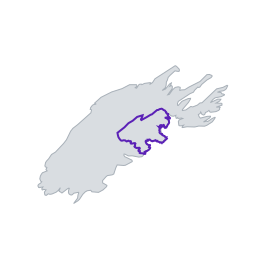 Norðurland vestra highlighted on a map of Iceland, rotated 149°
{"feature_id": "ISL-697", "entity_name": "Norðurland vestra", "entity_type": "Region", "adm_level": 1, "iso_a3": "ISL", "parent_name": "Iceland", "parent_adm1": "", "projection": "robinson", "projection_center": [-19.727, 65.454], "detail": "fine", "context": "in_parent", "style": "outline", "palette": "violet", "viewbox_px": 256, "rotation_deg": 149, "n_neighbors": 0, "source": "natural_earth", "source_scale": "10m", "svg_char_len": 8199}
<svg xmlns="http://www.w3.org/2000/svg" viewBox="0 0 256 256"><g transform="rotate(149 128 128)"><path d="M195.2,95.2L197.4,95.3L201.0,94.4L206.2,91.9L208.4,91.4L213.5,91.3L207.4,93.8L205.2,96.5L203.6,97.8L203.6,98.4L208.0,100.0L210.1,99.5L211.0,99.7L211.9,100.5L212.5,102.0L212.2,103.6L211.0,105.2L209.4,106.5L209.6,106.9L211.0,107.1L218.1,106.3L219.0,108.3L219.6,108.9L219.5,109.6L216.7,111.7L220.0,110.4L222.7,110.0L227.2,110.6L229.1,111.4L230.3,112.7L232.5,112.3L233.6,113.1L233.6,113.9L232.7,116.1L230.1,117.2L231.8,118.8L233.2,118.9L233.4,119.2L233.3,120.2L231.3,121.3L234.8,122.6L235.2,123.0L235.1,124.5L234.6,125.3L233.6,125.7L231.1,125.8L229.6,126.4L230.2,127.3L229.8,129.8L227.9,131.9L226.1,133.0L224.4,133.7L219.4,132.9L219.7,134.7L217.9,135.8L218.3,136.7L218.9,137.2L218.7,138.4L216.5,140.8L214.9,141.6L211.8,142.5L207.2,144.7L202.6,144.7L191.2,147.9L186.8,149.6L178.8,154.8L175.4,156.1L169.5,156.8L152.0,160.1L150.0,162.2L150.0,162.6L150.8,163.4L149.4,164.8L146.8,165.8L145.5,165.8L143.3,165.0L143.1,165.4L143.9,166.5L135.3,168.2L123.4,167.3L112.8,164.8L104.4,164.3L98.5,160.8L98.4,160.3L99.0,159.2L101.1,158.8L100.1,157.7L96.5,159.5L95.4,159.5L93.9,158.7L93.8,158.0L90.8,157.7L85.7,155.5L85.3,155.0L86.6,154.3L86.3,154.1L83.6,154.3L79.5,156.3L55.5,157.1L54.7,156.0L53.8,152.0L54.6,150.4L55.6,150.5L58.4,152.8L64.8,151.5L67.5,150.7L69.9,148.5L71.3,147.8L73.3,145.0L75.3,143.3L79.4,142.6L75.8,142.1L69.7,144.3L67.6,144.3L68.6,143.3L70.7,142.2L69.3,142.1L68.7,141.7L68.7,140.6L69.8,139.0L76.9,136.0L75.3,135.5L70.3,137.7L66.7,138.5L63.8,137.5L62.4,136.1L62.5,135.5L64.3,133.7L64.0,133.4L62.8,133.2L59.7,131.6L54.7,131.7L42.3,130.8L32.9,133.1L30.7,132.0L29.0,129.8L29.4,128.9L31.0,128.4L35.6,128.5L42.3,127.4L45.4,126.1L46.6,126.4L47.1,127.1L51.3,126.1L53.5,125.0L57.2,125.5L71.2,124.9L73.0,123.5L73.8,121.8L73.4,121.4L68.3,123.0L67.1,123.0L61.2,122.2L59.1,121.2L59.8,120.5L63.0,118.8L71.0,116.1L72.2,115.5L72.3,114.9L69.1,113.7L63.1,114.1L61.6,112.7L56.7,111.9L53.4,112.4L51.6,111.5L31.9,115.9L25.6,113.9L21.1,113.6L20.8,112.9L23.5,111.0L25.3,110.7L27.1,110.8L30.5,112.2L32.9,112.6L30.0,110.6L29.9,108.8L29.0,108.3L28.1,107.0L28.5,106.6L32.1,106.9L37.7,109.0L40.6,108.7L44.3,107.3L36.1,106.5L33.6,104.8L35.5,103.9L39.7,104.0L35.1,101.0L34.9,100.5L35.7,99.2L41.6,100.4L38.5,98.6L38.4,98.2L39.3,97.9L39.8,96.8L41.3,96.4L44.3,96.8L48.8,98.8L49.5,99.4L49.6,101.4L51.4,101.1L53.6,101.4L55.4,100.0L56.7,100.3L57.6,101.6L57.4,104.3L58.7,103.3L60.8,103.3L61.2,101.0L60.9,99.2L53.9,97.1L51.2,95.6L51.5,95.1L52.9,94.6L60.2,94.3L57.1,93.4L56.3,92.5L50.8,92.8L48.0,92.4L47.9,92.0L49.1,91.3L52.5,89.9L58.9,89.7L61.4,90.1L66.3,93.2L70.3,94.5L76.8,98.7L81.1,100.3L81.3,100.7L80.6,101.2L78.9,101.8L81.4,102.5L82.9,103.6L83.0,104.1L81.6,107.5L80.0,108.6L76.1,107.9L77.0,109.0L79.8,110.2L80.4,110.8L80.0,111.4L81.3,111.2L81.7,111.6L81.1,113.5L80.4,114.2L82.7,114.6L84.3,115.6L86.3,119.4L87.4,116.5L87.9,115.4L88.9,115.0L90.1,111.9L92.7,110.1L95.2,109.5L97.7,111.6L99.6,111.8L101.5,108.0L101.8,105.3L101.2,102.3L101.6,100.1L102.8,98.8L104.5,98.4L108.0,99.7L110.9,102.7L115.4,106.0L118.5,106.8L119.0,106.7L119.6,105.6L119.1,101.3L120.5,99.1L124.2,98.5L129.7,96.4L131.0,96.3L133.7,97.5L138.6,101.9L142.1,103.9L144.0,107.1L144.8,107.7L145.6,106.7L145.6,105.2L141.3,98.6L141.3,97.7L141.7,97.0L149.3,97.4L151.0,98.1L156.3,101.9L158.8,100.3L163.9,95.9L165.7,96.0L170.1,97.8L171.8,97.6L176.9,96.0L178.0,94.0L175.6,89.7L176.5,88.8L181.2,87.8L186.4,88.0L191.8,91.9L192.0,93.8L195.2,95.2Z" fill="#d9dde1" stroke="#a8b0b8" stroke-width="1"/><path d="M87.1,121.9L87.3,121.8L87.5,121.5L87.2,120.9L87.2,120.5L87.1,120.3L86.9,120.0L86.6,119.6L86.4,119.4L86.7,119.1L86.9,119.1L86.8,118.8L86.9,118.7L87.1,118.5L87.3,118.4L87.4,118.0L87.4,117.6L87.0,115.7L86.9,114.9L87.2,114.6L87.8,114.8L88.2,115.2L88.8,116.3L89.3,116.9L89.4,117.1L89.6,117.3L90.2,117.4L90.5,117.5L90.6,117.3L90.1,116.7L89.7,116.0L89.3,115.1L89.2,114.4L89.1,113.8L89.1,113.4L89.2,113.0L89.3,112.9L89.5,112.6L89.8,111.8L89.9,111.6L90.5,111.0L92.7,110.1L93.9,109.2L94.3,109.1L94.7,109.1L94.9,109.0L95.0,108.7L95.3,108.7L95.5,108.8L95.8,109.0L96.2,109.0L96.3,109.3L96.2,109.3L95.9,110.4L95.9,110.9L96.1,111.3L95.8,111.7L95.8,112.2L96.0,112.4L96.5,112.3L96.3,111.9L96.3,111.5L96.6,111.3L97.0,111.5L97.2,111.9L97.3,112.2L97.2,112.4L97.1,112.5L97.6,112.8L97.8,113.1L98.0,113.4L98.2,113.5L98.4,113.6L98.7,113.7L98.9,113.7L99.1,113.7L99.6,113.5L99.8,113.3L99.9,112.9L100.1,112.3L99.9,112.2L99.6,111.9L99.3,111.8L98.7,111.8L98.3,111.8L98.1,111.6L98.7,111.5L99.3,111.5L99.6,111.4L100.2,111.2L100.4,111.1L100.7,111.4L100.6,112.5L100.9,112.8L100.8,112.4L101.0,112.1L101.1,111.9L100.9,111.5L101.1,111.1L101.7,110.6L102.0,110.3L102.1,110.2L102.1,109.8L102.2,109.6L102.4,109.5L102.8,109.5L103.2,109.4L102.8,109.4L102.5,109.0L102.5,108.7L103.0,108.4L103.2,108.2L103.3,107.8L103.3,107.4L103.2,106.8L102.8,106.2L102.3,105.7L101.9,105.4L101.9,105.2L102.4,105.0L102.2,104.3L101.7,103.4L101.0,102.5L100.8,102.3L100.7,101.4L100.6,101.0L100.4,100.7L100.1,100.4L99.8,100.2L100.1,100.0L100.3,99.6L100.4,99.2L100.2,98.9L100.6,98.7L101.0,98.6L101.8,98.7L102.0,98.6L102.4,98.4L102.6,98.3L102.8,98.3L103.5,98.3L103.9,98.2L104.6,97.8L104.9,97.7L105.9,97.8L106.1,97.9L106.3,97.9L106.7,97.7L106.8,98.2L107.1,98.5L107.4,98.7L107.9,98.9L107.8,99.1L108.0,99.2L108.1,99.3L108.3,99.7L108.6,100.1L109.4,100.9L109.5,101.2L109.6,101.3L109.7,101.5L109.9,101.6L109.7,101.9L109.6,102.0L110.0,102.3L110.5,102.6L110.9,102.9L110.8,103.4L111.2,103.5L112.2,103.6L113.0,103.9L113.3,103.9L113.5,103.9L113.7,104.1L113.8,104.2L114.1,104.2L114.3,104.4L114.4,104.6L114.4,104.8L114.5,104.9L114.9,105.4L115.0,105.6L115.1,105.9L115.2,106.6L115.3,106.9L115.7,107.2L116.7,107.4L117.1,107.7L117.3,107.1L117.4,106.9L118.0,107.0L118.3,107.2L118.5,107.3L119.3,107.3L119.1,107.4L118.9,107.5L119.0,107.8L119.5,107.7L119.9,107.2L120.1,106.5L120.2,105.7L120.2,105.1L120.1,104.5L119.8,103.9L119.3,103.0L119.2,102.8L118.0,102.1L118.1,101.7L118.3,101.5L118.5,101.4L118.9,101.4L119.3,101.3L119.6,101.1L119.9,100.8L119.7,100.6L119.5,100.4L119.4,100.2L119.2,99.6L119.3,99.5L119.5,99.3L119.8,99.1L120.9,98.7L123.5,98.5L124.4,98.9L124.9,98.9L124.9,98.5L125.0,98.4L125.3,98.3L125.5,98.3L125.4,98.7L125.8,98.8L126.5,99.1L126.9,99.2L126.6,99.1L126.4,98.9L126.3,98.7L126.2,98.5L126.3,98.5L126.3,98.3L126.2,98.3L126.0,98.2L125.9,98.2L126.1,97.8L126.3,97.2L126.5,97.0L127.5,97.5L127.8,97.7L128.1,98.2L128.8,99.0L129.0,99.1L130.6,100.2L130.8,100.5L130.5,100.8L130.4,100.9L130.4,101.0L130.4,101.4L130.4,101.5L130.2,101.6L129.9,101.8L129.8,102.0L130.2,102.1L130.5,102.3L130.7,102.5L130.7,102.8L130.8,103.0L130.7,103.2L130.6,103.3L130.5,103.5L130.0,103.9L129.9,104.0L129.7,104.1L128.9,104.1L128.7,104.2L128.5,104.3L128.4,104.4L128.4,104.6L128.3,105.0L128.5,105.3L129.4,105.7L130.3,106.2L130.7,106.3L130.9,106.4L131.1,106.6L131.4,107.0L131.5,107.2L131.6,107.4L131.5,107.5L131.5,107.8L131.7,108.0L131.8,108.1L132.0,108.3L132.0,108.7L132.0,108.8L131.8,108.9L131.0,109.3L130.9,109.4L130.8,109.6L130.8,109.9L130.7,110.0L130.4,110.2L130.4,110.3L130.3,110.6L130.2,110.8L129.8,111.0L129.7,111.0L129.7,111.3L129.8,111.4L129.9,111.5L130.0,111.6L130.3,111.6L130.6,111.8L131.0,112.1L131.8,112.2L132.0,112.3L132.3,112.5L132.7,112.6L133.0,112.8L133.4,113.0L133.5,113.2L133.5,113.3L133.5,113.5L133.4,113.5L132.9,113.9L132.9,114.0L132.8,114.3L132.8,114.5L132.7,114.6L132.5,114.9L132.4,115.0L132.5,115.4L132.7,115.5L133.0,115.5L133.3,115.7L133.6,115.8L133.8,116.1L133.8,116.3L133.9,116.6L134.0,116.8L134.5,117.0L135.9,117.1L136.0,117.2L136.2,117.3L136.3,117.5L136.6,118.4L136.8,118.8L137.2,119.1L138.0,119.7L139.6,120.2L139.9,120.4L140.3,120.7L140.4,120.9L140.6,121.5L140.8,122.5L140.9,123.8L140.9,124.4L140.9,125.0L140.8,125.5L140.3,127.2L139.5,129.3L130.7,130.4L125.1,131.9L120.2,131.8L115.0,132.7L114.4,132.8L114.0,132.7L108.9,131.4L109.9,130.4L112.2,128.9L112.4,128.8L112.5,128.5L112.5,128.4L112.5,128.2L112.4,127.9L112.2,127.9L106.4,127.7L101.7,127.7L100.7,127.4L100.4,127.4L94.1,128.4L93.8,128.4L93.0,128.0L92.8,127.9L91.2,127.9L90.9,127.8L89.2,127.2L89.0,126.9L88.7,126.5L88.6,126.2L88.3,125.2L87.8,124.5L87.5,124.2L87.4,123.9L87.3,123.6L87.3,123.4L87.3,122.9L87.3,122.5L87.1,122.2L87.1,121.9Z" fill="none" stroke="#5b21b6" stroke-width="2"/></g></svg>